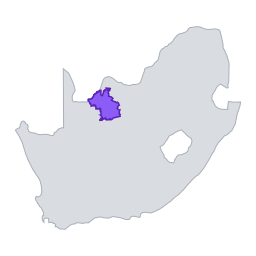 John Taolo Gaetsewe, Northern Cape, South Africa (highlighted)
{"feature_id": "47623444B84629172160693", "entity_name": "John Taolo Gaetsewe", "entity_type": "district", "adm_level": 2, "iso_a3": "ZAF", "parent_name": "South Africa", "parent_adm1": "Northern Cape", "projection": "robinson", "projection_center": [22.441, -26.985], "detail": "fine", "context": "in_parent", "style": "filled", "palette": "violet", "viewbox_px": 256, "rotation_deg": 0, "n_neighbors": 0, "source": "geoboundaries", "source_scale": "gbopen_adm2", "svg_char_len": 6560}
<svg xmlns="http://www.w3.org/2000/svg" viewBox="0 0 256 256"><path d="M190.0,27.6L197.4,26.6L200.7,27.2L204.7,28.9L208.4,29.5L214.8,28.9L216.9,29.2L218.7,29.7L219.9,30.7L221.6,37.5L223.1,44.7L223.0,47.1L223.2,48.0L225.0,51.1L225.6,53.0L226.6,54.6L228.8,62.4L229.1,63.7L228.7,82.5L227.8,84.8L228.1,87.7L227.0,88.1L220.8,84.3L219.7,84.5L217.9,85.9L216.2,88.1L215.4,90.0L212.2,95.1L211.9,98.3L212.1,101.0L213.2,101.1L213.9,103.1L215.5,106.3L218.4,108.3L221.0,109.2L224.8,109.4L227.7,109.4L227.6,107.3L228.4,101.5L233.3,102.2L240.6,102.0L240.0,105.8L237.2,114.2L235.3,123.7L233.0,128.5L231.8,130.5L228.1,134.0L226.3,135.2L224.7,135.6L218.5,142.6L216.2,146.1L214.1,151.0L212.1,153.8L209.0,159.6L203.7,168.2L199.3,173.8L197.3,175.5L196.0,176.2L192.5,179.5L187.6,184.8L183.8,189.4L178.3,194.8L175.0,197.1L170.2,201.6L168.9,202.3L163.4,206.6L159.6,209.1L153.3,212.1L150.8,213.0L144.9,212.2L142.4,212.6L140.4,214.4L140.1,217.0L139.3,217.4L133.9,216.2L131.6,216.4L130.3,217.8L129.2,219.5L126.1,219.6L120.6,217.8L114.1,216.7L112.6,216.6L109.4,217.9L108.3,218.1L103.7,217.8L101.2,217.0L98.8,217.0L96.9,217.7L94.6,217.9L88.5,222.8L85.4,222.8L82.6,223.4L77.8,222.7L76.4,223.0L74.9,223.9L71.7,224.3L70.4,225.0L64.9,229.4L62.6,229.0L59.7,228.9L56.4,226.5L55.2,226.7L55.5,226.0L55.6,224.7L54.4,223.4L53.2,223.5L52.5,222.4L50.5,222.3L48.9,222.7L48.5,218.6L47.8,218.2L45.8,218.1L44.8,218.2L44.4,218.6L43.9,219.5L43.9,222.4L43.2,221.6L42.4,219.9L42.2,218.0L42.4,215.9L43.9,215.0L43.4,212.3L41.1,207.5L39.6,206.5L38.5,204.1L37.4,203.2L36.9,201.5L35.8,200.2L35.4,198.0L36.0,196.8L36.9,196.1L37.9,197.2L39.1,196.7L40.8,195.2L41.7,192.8L41.7,189.1L41.5,186.7L40.0,180.6L39.4,179.2L36.3,174.8L32.6,169.0L28.0,159.8L25.8,154.2L22.4,143.0L19.4,136.7L15.8,130.8L15.4,130.4L15.9,129.7L17.8,128.4L18.6,128.0L19.1,128.2L19.5,127.8L20.0,126.9L20.2,124.8L21.1,122.6L21.9,121.6L23.6,121.0L24.8,121.8L25.4,122.6L25.6,123.7L26.2,124.2L27.1,124.2L27.7,124.8L28.1,126.2L28.1,127.2L27.6,127.8L27.6,128.6L28.3,129.6L29.0,131.7L32.5,132.9L34.4,133.0L36.3,133.5L38.0,134.5L40.9,134.7L44.8,134.2L48.1,134.5L50.6,135.4L52.5,135.6L53.6,135.0L54.1,134.1L54.0,133.0L54.5,132.3L55.8,132.0L56.8,131.1L57.6,129.7L59.4,128.6L62.2,127.7L63.6,127.8L63.3,68.8L68.3,72.8L69.5,74.7L72.0,80.3L74.6,87.1L75.0,90.4L74.9,91.1L72.3,95.5L72.2,97.7L72.5,100.3L73.1,101.6L73.9,102.0L75.7,101.4L78.4,102.1L83.7,101.8L86.3,102.1L87.0,101.9L87.6,101.4L88.3,99.8L88.9,99.3L91.3,98.6L92.4,97.7L94.2,94.7L99.4,90.5L100.0,89.6L103.3,79.7L104.3,78.3L105.7,77.4L108.6,76.6L110.3,77.0L112.1,77.9L114.2,79.3L117.3,82.0L118.3,82.4L121.4,82.5L123.3,84.3L129.0,85.5L130.7,85.4L132.5,84.5L135.4,84.5L138.6,83.8L140.5,82.1L144.3,71.3L144.7,69.0L145.2,68.3L148.2,67.1L151.9,66.2L152.6,65.7L154.9,62.7L158.0,60.2L160.1,51.6L161.5,49.5L162.3,48.7L162.9,48.7L163.7,48.1L164.7,47.1L165.9,46.4L167.2,46.2L168.1,45.5L168.6,44.3L169.3,43.8L170.3,43.8L170.9,43.4L171.0,42.7L173.3,40.8L173.3,40.1L174.6,38.2L177.2,35.3L179.6,33.7L181.8,33.4L185.9,31.9L187.4,30.6L188.4,28.7L190.0,27.6ZM181.5,154.7L185.2,153.2L187.9,151.3L188.5,147.8L190.6,145.7L191.4,143.7L192.0,140.9L190.9,138.0L189.2,137.2L186.2,134.7L184.9,133.0L183.0,131.6L181.8,129.9L179.6,130.4L176.4,131.8L174.3,133.0L172.6,134.5L169.5,135.6L166.6,140.4L165.7,141.4L163.4,144.9L160.1,146.6L160.1,147.2L161.1,150.1L162.6,152.9L164.1,155.2L164.0,156.6L164.5,157.7L165.9,158.5L168.2,161.3L169.4,162.3L173.0,162.9L173.5,162.8L174.5,161.1L174.7,159.8L177.1,156.1L178.2,155.0L181.5,154.7Z" fill="#d9dde1" stroke="#a8b0b8" stroke-width="1"/><path d="M99.9,90.4L99.7,90.4L99.6,90.5L99.5,90.8L99.4,90.9L99.3,90.7L99.2,90.7L99.1,90.8L99.2,91.0L99.1,91.4L99.1,91.5L98.9,91.7L98.9,91.8L98.9,92.0L98.7,92.0L98.4,92.0L98.3,91.9L98.2,91.9L97.9,91.7L97.7,91.6L97.6,91.8L97.5,92.0L97.4,92.1L97.2,92.1L96.9,92.0L96.9,92.3L96.7,92.3L96.7,92.5L96.8,92.7L96.7,92.8L96.5,93.0L96.4,93.0L96.2,93.0L96.2,93.3L96.2,93.5L95.9,93.6L95.7,93.6L95.5,93.9L95.4,93.9L95.2,93.9L94.9,93.9L94.9,94.0L94.6,94.0L94.5,94.3L94.4,94.4L94.3,94.5L94.2,94.5L93.9,94.7L93.8,94.8L93.9,95.0L93.9,95.3L93.7,95.4L93.7,95.5L93.7,95.8L93.7,96.0L93.4,96.2L93.4,96.3L93.5,96.4L93.5,96.5L93.4,96.6L93.2,96.7L93.1,96.8L93.0,97.0L92.9,97.2L92.7,97.2L92.6,97.3L92.6,97.5L92.4,97.6L92.2,97.8L92.2,98.0L92.1,98.3L91.9,98.6L91.7,98.6L91.4,98.6L91.3,98.8L91.2,98.8L90.9,98.9L90.8,99.0L90.6,99.1L90.4,99.2L90.2,99.1L89.9,99.2L89.7,99.2L89.4,99.2L89.2,99.1L88.9,99.0L88.7,99.1L88.4,99.2L88.3,99.3L88.1,99.5L88.2,99.9L88.3,100.0L88.3,100.3L88.2,100.4L88.2,100.5L88.3,100.6L88.3,100.8L88.6,100.8L88.9,101.2L89.4,102.2L89.9,103.4L90.1,103.8L90.5,103.6L91.0,104.8L91.2,106.2L91.6,106.0L92.0,106.0L92.9,105.6L93.2,105.2L93.3,105.0L93.8,105.6L93.9,105.9L94.1,106.0L94.3,105.7L94.7,105.1L95.7,105.7L95.9,108.2L95.9,108.7L96.7,108.7L96.6,108.9L97.6,108.9L97.8,109.0L97.9,108.9L98.6,108.9L99.7,108.7L100.1,108.3L100.6,108.8L100.5,109.0L100.4,109.3L100.2,109.5L100.1,110.1L100.5,110.1L100.4,110.7L100.4,111.7L101.1,111.8L101.0,112.4L101.0,113.3L101.0,114.3L100.8,115.2L100.4,115.2L100.8,115.5L101.7,116.5L102.2,117.2L102.4,117.8L101.9,118.0L101.3,118.1L102.0,118.8L101.0,118.8L101.2,119.4L100.0,119.6L100.1,120.0L100.0,120.3L100.4,120.3L101.5,120.3L101.8,120.3L101.9,120.2L102.1,120.1L102.5,119.8L103.0,119.4L103.5,119.0L104.0,118.7L104.4,118.8L104.8,118.9L105.0,118.6L105.2,118.2L105.5,118.8L105.7,118.6L106.2,118.7L106.2,118.8L106.4,119.9L107.9,119.8L108.6,119.7L109.1,119.5L109.7,118.9L109.9,119.6L110.6,119.2L111.0,119.8L111.4,119.6L112.5,118.9L113.7,117.8L116.9,117.1L118.0,116.8L118.5,116.7L119.1,116.6L120.1,116.3L119.9,115.8L119.9,115.6L120.0,115.3L120.0,115.0L120.0,114.9L120.2,114.4L119.3,114.1L119.3,113.4L119.3,113.0L119.4,112.6L119.3,111.9L119.4,111.4L119.8,110.1L119.6,110.2L118.8,109.7L118.2,109.2L117.9,109.0L117.8,108.9L117.2,108.5L117.2,108.2L117.4,108.1L117.5,107.9L117.7,107.4L117.8,107.2L118.0,106.7L118.2,106.1L118.3,106.0L118.3,105.7L118.7,105.6L119.2,105.3L119.1,105.2L119.0,104.5L118.7,103.6L118.2,102.8L117.5,102.2L116.9,102.2L116.6,102.7L115.9,102.3L115.5,102.0L115.4,101.9L114.9,101.7L114.3,101.5L113.8,101.4L113.4,101.1L112.7,100.9L112.1,100.5L111.6,100.3L111.7,100.1L112.4,99.0L112.9,98.3L111.7,97.3L111.3,96.9L108.6,96.2L108.8,93.9L108.0,92.8L108.6,91.7L109.2,90.7L108.4,90.2L107.9,90.3L108.1,89.3L109.2,89.5L109.8,89.9L110.3,88.5L109.4,88.3L106.1,88.1L106.2,88.4L106.2,89.1L105.8,90.0L104.8,89.9L104.7,90.9L103.7,90.8L103.6,91.8L103.3,92.6L102.8,94.5L102.2,95.7L101.4,95.2L100.9,95.0L100.9,94.2L100.9,93.2L100.9,92.1L100.9,91.3L100.9,90.7L100.9,90.3L99.9,90.4L99.9,90.4Z" fill="#8b5cf6" stroke="#5b21b6" stroke-width="1.5"/></svg>